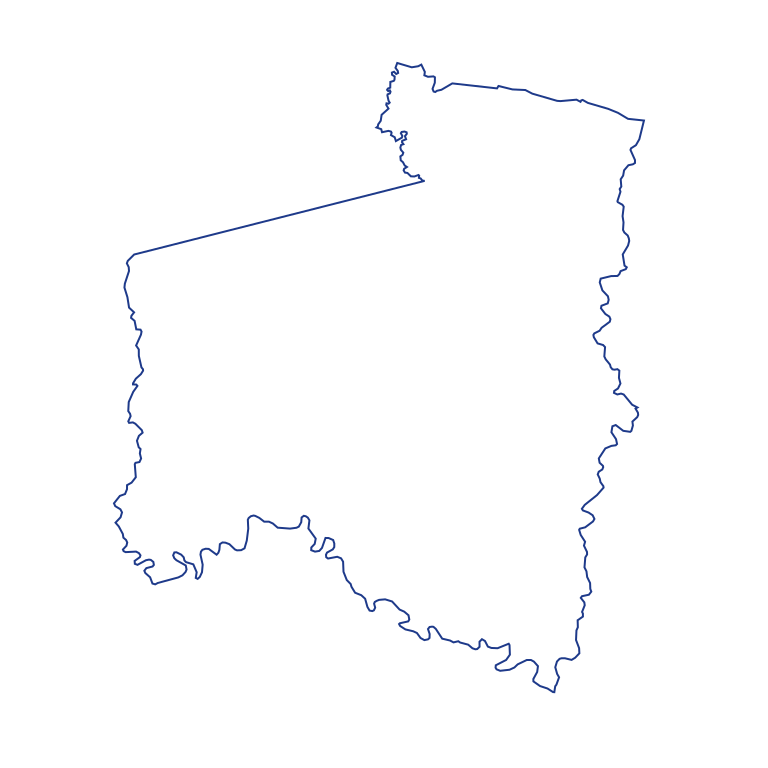 outline of San Carlos De Guaroa, Meta, Colombia, rotated 86°
{"feature_id": "7082276B46301528303112", "entity_name": "San Carlos De Guaroa", "entity_type": "district", "adm_level": 2, "iso_a3": "COL", "parent_name": "Colombia", "parent_adm1": "Meta", "projection": "robinson", "projection_center": [-73.244, 3.837], "detail": "fine", "context": "isolated", "style": "outline", "palette": "blue", "viewbox_px": 768, "rotation_deg": 86, "n_neighbors": 0, "source": "geoboundaries", "source_scale": "gbopen_adm2", "svg_char_len": 6125}
<svg xmlns="http://www.w3.org/2000/svg" viewBox="0 0 768 768"><g transform="rotate(86 384 384)"><path d="M69.4,350.5L72.7,348.4L74.7,348.2L75.6,350.2L73.2,352.2L73.9,354.4L76.1,354.4L78.0,351.9L81.2,352.3L82.3,353.1L83.1,356.6L88.8,357.1L89.6,359.6L90.8,360.4L92.1,359.4L91.5,357.7L92.9,357.1L94.5,357.8L95.3,360.2L96.3,360.5L101.7,359.7L103.7,358.7L104.7,359.9L104.2,361.9L105.7,362.3L109.6,360.3L115.3,367.6L121.2,368.9L124.6,371.7L126.6,372.2L127.6,373.6L129.6,369.0L132.7,368.4L131.8,361.9L132.7,359.4L133.9,358.9L136.2,359.7L138.6,356.1L142.5,355.2L139.5,349.0L137.8,348.4L135.0,349.7L133.8,348.8L133.6,345.9L134.5,343.9L136.0,343.8L138.2,345.8L141.4,344.9L142.7,348.9L144.0,349.2L146.1,347.9L146.8,350.3L149.3,351.2L151.6,350.8L154.6,348.6L156.7,349.5L158.1,351.8L162.0,351.7L164.1,349.6L167.5,348.1L169.1,346.0L170.7,348.9L172.3,349.5L174.6,348.3L175.1,345.9L178.7,342.7L179.1,339.2L177.9,335.1L178.6,334.4L180.8,334.8L181.5,333.1L183.7,331.6L184.2,329.3L237.4,624.2L243.3,631.0L245.7,632.1L249.6,630.5L253.5,630.5L265.8,635.5L269.7,636.2L279.5,633.9L290.0,633.0L295.1,628.3L298.3,631.2L300.4,631.7L303.6,628.4L312.2,627.3L312.8,623.1L314.8,622.2L317.8,623.0L328.3,628.6L332.4,626.2L338.9,626.6L350.5,624.8L352.5,623.4L353.9,623.4L357.2,625.8L361.4,631.2L365.8,634.3L366.9,634.4L367.3,631.1L368.7,630.1L374.3,634.7L384.2,639.9L393.2,641.0L396.0,639.4L398.4,639.0L403.4,641.7L405.0,641.0L404.8,637.2L406.3,634.8L413.2,628.8L415.7,628.2L418.6,632.1L423.4,634.4L430.0,633.1L431.9,631.4L436.2,632.4L441.4,631.5L444.8,633.4L445.3,637.4L446.6,638.2L459.7,638.1L464.8,642.7L467.0,647.4L471.0,647.7L475.7,650.0L477.2,655.3L484.2,661.7L487.1,660.6L490.6,655.7L493.8,654.3L498.6,656.1L503.6,661.5L507.6,658.5L515.4,655.0L519.1,654.7L521.6,652.2L524.2,651.2L527.4,652.2L530.9,656.0L532.6,655.4L533.7,653.5L533.9,643.0L535.6,640.3L537.9,638.9L539.7,639.6L543.1,645.1L546.0,645.1L547.2,642.5L543.2,633.8L542.8,630.7L543.2,628.9L545.4,626.5L548.4,626.2L549.9,627.6L551.1,633.9L553.6,636.1L555.9,635.3L560.5,630.8L566.9,628.9L567.9,626.2L566.7,623.5L562.6,602.7L560.8,598.4L557.7,595.1L555.3,593.9L551.2,594.4L545.3,603.4L543.2,605.3L540.2,606.3L537.4,604.9L537.4,602.8L540.1,598.2L542.9,595.9L546.1,595.4L547.9,593.9L550.6,586.8L558.7,584.0L564.3,585.3L565.4,583.5L563.6,581.2L559.1,578.7L551.6,577.5L541.4,579.0L538.5,578.3L536.7,576.7L535.9,573.4L536.3,570.3L542.6,562.9L540.8,561.0L538.0,559.8L532.3,558.9L530.8,556.2L531.2,553.3L533.0,549.4L538.7,544.2L539.7,542.2L539.8,538.1L538.2,534.6L530.6,531.8L518.8,529.5L509.9,529.3L508.2,528.3L506.6,526.0L506.1,523.2L506.6,521.6L508.9,517.7L513.0,513.1L513.3,508.4L515.4,504.6L519.9,500.1L521.7,487.8L521.3,481.3L520.3,478.9L516.1,476.2L511.4,475.5L509.9,473.2L510.5,471.2L512.0,469.3L514.8,467.9L522.9,469.5L533.5,462.9L538.7,464.3L542.0,467.9L544.7,468.2L546.4,464.5L546.0,460.2L543.2,457.3L533.5,453.1L533.8,450.0L536.1,445.6L539.7,444.7L543.2,445.0L545.4,446.6L548.2,452.6L550.3,453.8L552.8,453.7L554.2,452.0L553.1,442.7L554.9,439.0L558.4,437.2L568.5,437.5L577.0,434.8L581.2,431.2L584.0,430.6L590.2,427.4L593.1,421.4L596.9,417.8L605.2,416.1L609.0,414.2L609.7,411.5L609.1,409.9L606.5,408.4L602.4,409.2L600.8,408.4L599.8,406.4L599.0,403.9L598.9,397.9L601.5,391.1L610.1,384.2L612.5,379.7L616.4,375.7L620.7,375.2L622.5,376.4L623.8,384.9L624.5,385.7L626.5,384.8L630.3,379.8L632.7,372.1L634.7,368.5L639.9,365.3L642.3,361.6L641.8,357.9L640.5,356.3L636.6,355.9L631.5,357.2L629.6,355.5L629.4,353.0L629.7,351.6L631.9,349.4L642.1,343.7L644.5,336.0L646.6,332.7L645.8,327.8L647.2,326.1L649.9,318.2L653.8,314.2L655.0,311.4L654.9,309.5L652.8,307.0L647.8,306.7L645.4,304.1L647.4,301.2L653.2,298.7L654.8,295.3L655.5,289.1L651.8,277.7L653.2,277.0L662.8,277.3L667.8,281.4L672.4,292.1L674.8,292.5L676.5,291.6L678.2,288.1L677.8,278.7L675.9,273.7L673.0,270.2L669.3,260.9L669.6,256.6L671.4,253.8L676.2,250.1L682.0,251.3L688.7,255.6L691.1,255.7L696.2,249.4L699.2,242.1L703.1,236.9L703.3,235.6L697.5,234.3L696.0,233.0L688.8,229.8L685.3,231.5L678.5,232.9L672.9,230.8L670.4,228.0L670.0,226.1L670.2,222.7L672.3,216.1L670.4,212.4L666.3,207.9L661.1,207.8L652.8,210.3L643.2,209.2L640.2,207.6L633.2,207.3L629.9,201.8L626.9,201.6L625.2,202.3L618.7,199.2L615.8,199.4L611.1,202.6L609.5,201.3L608.5,194.3L605.6,191.7L602.8,192.5L596.9,192.3L590.7,194.8L585.0,195.1L580.9,196.8L571.0,195.3L568.2,193.3L565.7,193.2L559.2,195.8L555.4,194.4L548.3,198.3L543.1,199.5L542.0,198.8L541.0,193.3L535.7,185.1L533.3,183.5L529.5,185.0L526.5,188.9L524.0,194.4L522.3,195.3L518.6,192.2L509.7,179.3L502.7,172.2L501.2,172.3L497.0,174.9L493.4,175.4L489.1,177.1L486.5,175.9L484.5,172.2L482.2,171.1L480.9,171.3L477.6,174.4L473.2,174.9L463.7,167.7L461.6,161.5L461.3,157.1L460.1,155.7L455.2,156.4L448.0,160.5L442.1,159.1L441.1,155.7L447.4,148.6L448.9,141.7L448.0,140.5L442.8,138.6L438.8,138.8L434.7,133.7L432.6,132.6L430.3,132.7L426.1,134.8L425.1,132.8L422.0,137.9L411.2,145.6L410.1,148.2L410.7,152.0L408.9,155.2L407.0,154.8L404.8,150.9L400.0,148.1L394.3,149.2L387.1,148.3L385.5,150.1L385.8,153.0L385.3,155.1L383.0,156.7L380.4,157.2L374.9,161.1L371.9,162.3L362.6,160.9L360.4,162.7L358.4,168.1L352.0,171.4L349.7,171.7L348.2,170.7L345.9,165.2L343.1,163.0L337.6,154.4L335.1,153.6L332.5,154.5L329.6,158.3L323.6,162.3L321.1,161.6L319.2,155.2L315.7,154.0L312.1,154.5L305.9,159.6L297.7,161.7L294.0,160.5L292.2,149.9L292.5,143.5L290.7,141.5L287.9,140.1L286.3,134.8L284.5,133.7L282.7,135.8L271.4,136.8L262.9,130.9L258.4,129.4L255.8,129.6L252.9,130.5L249.6,133.7L247.0,134.8L239.5,133.8L233.2,134.3L223.8,132.5L221.9,133.6L218.9,138.1L217.9,138.4L208.7,134.7L206.0,135.3L203.6,133.5L196.3,133.6L192.8,130.9L187.6,129.6L182.8,124.9L182.2,120.4L181.0,118.2L178.1,118.0L167.7,121.8L166.1,121.1L163.3,116.0L157.6,112.2L139.3,106.3L136.5,122.1L129.8,131.7L125.1,141.3L117.8,161.0L114.5,166.0L114.8,167.4L116.2,168.3L113.8,172.1L114.1,188.3L113.6,191.6L104.7,215.8L100.6,222.5L99.1,235.3L94.7,249.0L97.0,250.6L88.9,294.9L94.5,306.2L95.2,310.7L96.3,312.5L95.7,314.1L93.0,315.0L87.0,312.3L81.6,311.8L80.6,313.2L80.6,318.7L78.9,322.2L75.5,321.5L68.0,324.5L69.4,327.7L70.0,334.2L64.7,348.4L69.4,350.5Z" fill="none" stroke="#1e3a8a" stroke-width="2"/></g></svg>